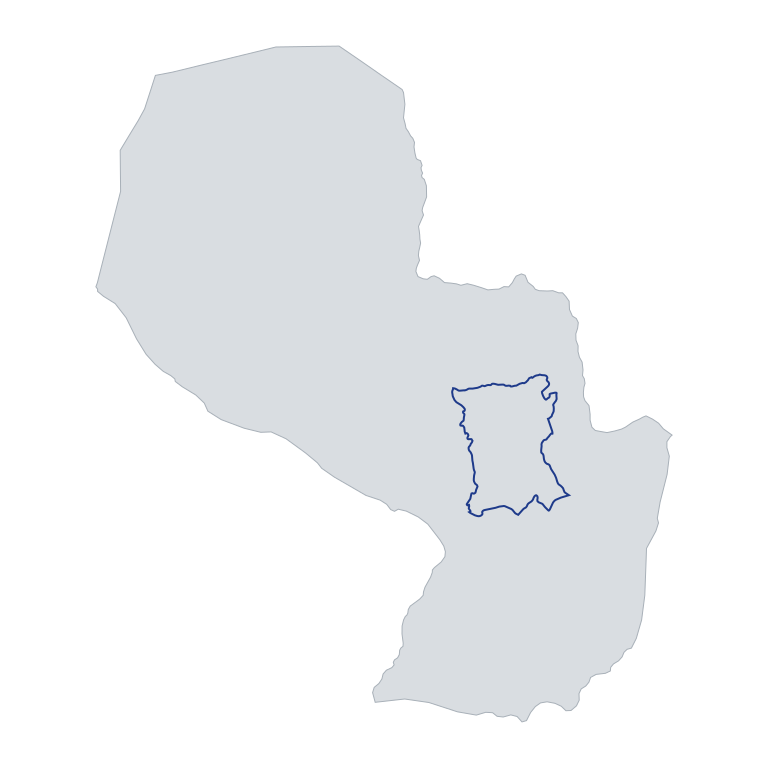 where San Pedro sits in Paraguay
{"feature_id": "PRY-606", "entity_name": "San Pedro", "entity_type": "Department", "adm_level": 1, "iso_a3": "PRY", "parent_name": "Paraguay", "parent_adm1": "", "projection": "natural_earth1", "projection_center": [-56.605, -24.173], "detail": "fine", "context": "in_parent", "style": "outline", "palette": "blue", "viewbox_px": 768, "rotation_deg": 0, "n_neighbors": 0, "source": "natural_earth", "source_scale": "10m", "svg_char_len": 7852}
<svg xmlns="http://www.w3.org/2000/svg" viewBox="0 0 768 768"><path d="M403.5,117.8L405.1,123.7L406.0,128.3L408.3,131.6L410.6,135.9L412.8,138.3L414.5,142.4L414.0,146.9L414.9,152.9L416.1,158.0L417.2,159.4L420.5,160.7L422.1,165.4L421.0,167.7L421.4,170.4L422.6,173.1L421.5,175.6L422.1,177.6L424.3,179.4L426.4,185.8L426.6,196.9L424.4,202.9L422.6,207.7L422.1,210.7L423.5,215.0L421.2,220.2L418.5,226.4L419.2,230.7L419.7,234.8L419.9,239.1L420.6,243.1L419.7,247.4L418.8,251.2L418.4,255.6L419.5,260.4L417.5,265.0L416.3,268.3L415.9,271.5L418.0,276.6L423.2,278.8L427.3,279.3L431.1,276.6L434.1,275.8L439.5,278.3L444.5,282.6L450.9,283.1L456.6,283.9L460.9,285.3L467.2,283.7L473.8,285.3L481.5,287.7L487.9,289.9L494.2,289.3L499.0,289.1L504.0,286.6L508.7,286.9L512.4,282.6L514.4,278.8L516.2,276.1L521.4,273.9L525.1,275.3L528.0,282.3L533.2,286.4L535.3,289.3L539.1,290.7L547.5,291.0L552.8,290.7L558.6,292.8L562.5,292.8L565.9,296.6L569.1,301.2L569.5,309.6L572.4,316.1L576.3,318.5L578.3,322.6L577.6,328.3L575.8,333.9L576.0,340.2L578.1,345.8L578.0,351.5L579.4,357.2L582.1,362.1L583.0,369.9L582.5,375.6L584.3,378.8L585.0,383.4L583.9,387.2L583.4,392.3L583.6,396.9L585.0,400.7L589.0,405.6L590.1,414.2L590.1,420.2L591.9,427.2L595.3,430.5L600.7,431.5L607.0,432.6L614.7,431.0L621.5,429.1L625.4,427.2L632.8,422.1L639.4,419.1L642.8,417.2L646.0,415.9L652.5,419.1L658.6,423.2L663.3,428.8L672.1,435.1L670.4,436.6L666.9,441.7L666.9,447.7L669.3,456.2L667.1,474.4L660.1,502.1L657.3,518.3L658.5,522.9L655.9,531.0L646.5,548.4L646.1,560.1L644.8,595.3L641.6,620.0L636.3,638.4L631.4,648.1L627.1,649.3L624.0,652.3L622.1,656.9L618.6,660.8L613.5,663.9L610.7,667.3L610.3,671.0L605.4,673.3L596.1,674.4L590.6,677.4L588.9,682.2L585.8,686.0L581.2,688.9L579.0,693.6L579.2,700.2L576.5,705.8L571.0,710.5L565.9,710.7L561.2,706.2L554.9,703.3L547.1,701.8L540.5,702.9L535.3,706.6L530.6,712.5L526.5,720.6L522.0,721.9L517.1,716.5L510.8,714.9L503.2,717.0L497.1,716.3L492.6,712.7L485.7,712.3L476.3,715.1L457.4,711.8L428.9,702.5L404.7,699.0L375.2,702.3L372.6,692.6L374.2,687.4L378.9,683.5L381.9,679.0L383.1,674.0L386.4,670.2L391.9,667.6L394.1,664.9L393.3,662.3L394.5,659.9L397.6,657.8L399.3,654.6L399.7,650.2L400.9,648.0L403.0,646.3L403.2,643.3L402.0,633.8L402.1,626.0L403.6,619.9L405.4,616.3L406.7,615.4L407.8,613.2L408.3,609.5L410.2,606.1L419.7,599.1L423.2,595.3L423.5,591.9L425.0,587.2L430.6,577.1L432.3,572.4L432.4,570.0L434.4,567.6L441.2,562.0L444.9,556.7L445.4,551.7L443.8,546.1L439.9,539.8L427.8,524.1L418.3,517.0L406.3,511.1L398.3,509.2L394.5,511.3L390.7,509.6L386.7,504.3L380.1,500.1L366.1,495.5L334.5,477.2L321.7,468.3L317.4,462.8L305.6,453.0L286.1,438.8L271.1,431.9L260.8,432.3L244.1,428.2L221.2,419.6L207.9,411.2L204.3,403.1L195.8,395.0L182.3,386.8L175.3,381.5L174.8,378.9L170.8,375.6L163.3,371.4L155.1,364.3L146.1,354.3L136.5,338.8L126.2,317.8L115.2,303.6L103.5,296.3L97.6,291.4L97.6,289.1L95.9,286.8L97.4,282.7L101.4,266.8L107.3,243.6L113.4,219.6L120.6,191.4L120.4,171.4L120.2,150.3L130.7,132.9L138.2,120.6L144.6,108.9L151.1,88.8L155.4,75.4L172.2,72.2L200.9,65.2L215.1,61.8L245.2,54.5L275.9,47.0L308.1,46.5L339.1,46.1L363.3,62.7L381.7,75.5L402.1,89.5L403.5,92.5L404.9,104.3L403.5,117.8Z" fill="#d9dde1" stroke="#a8b0b8" stroke-width="1"/><path d="M568.9,495.2L560.9,497.6L555.4,500.0L554.0,501.3L553.0,502.6L550.0,509.1L549.4,510.1L548.8,510.6L548.2,510.3L545.0,507.1L542.7,504.2L542.3,503.8L541.8,503.6L538.7,502.3L538.0,501.7L537.5,501.2L537.4,500.6L537.3,499.9L537.4,499.3L537.6,498.1L537.6,497.2L537.3,496.2L536.4,495.3L535.8,495.3L535.1,495.7L534.4,496.4L533.9,497.3L533.4,498.3L533.1,499.3L532.4,500.4L531.5,501.4L528.6,503.3L527.9,504.0L527.4,504.8L527.1,505.7L526.6,506.6L526.0,507.4L523.9,508.6L523.2,509.2L518.2,514.8L515.6,513.5L515.3,513.2L515.0,513.0L512.5,509.9L511.3,509.0L504.9,506.2L503.9,506.0L499.3,506.6L495.5,507.8L484.8,510.0L483.8,510.3L483.3,510.6L482.7,511.1L482.5,511.4L482.3,511.6L482.3,512.1L482.2,512.6L482.3,512.8L482.4,513.4L482.4,513.7L482.4,514.0L482.2,514.5L481.8,514.9L481.1,515.5L479.7,516.1L478.5,516.2L477.2,516.0L474.9,515.3L470.4,513.0L469.2,512.1L470.1,511.7L470.5,511.2L470.2,510.5L469.4,509.5L468.8,508.6L468.8,507.9L469.0,507.1L469.2,506.2L469.0,504.9L468.6,505.0L468.0,505.4L467.4,505.3L466.8,504.6L466.8,504.1L470.3,498.8L471.3,494.1L471.5,493.5L472.3,493.2L472.9,493.3L473.5,493.6L474.3,493.5L475.4,492.7L475.8,491.4L476.1,489.9L477.5,486.6L477.1,485.3L476.0,484.3L475.1,483.6L474.6,482.6L474.1,481.6L473.8,480.5L473.8,478.9L474.1,475.5L474.7,472.9L474.8,472.1L474.0,470.0L473.7,468.9L472.9,463.0L472.4,460.6L472.0,455.6L471.7,454.5L471.0,453.0L470.5,452.1L469.2,450.6L468.9,449.9L468.7,449.2L468.6,448.2L468.6,447.7L468.7,447.4L468.9,446.9L470.2,445.4L470.7,444.0L471.9,442.4L472.5,440.8L471.5,439.2L470.8,439.1L468.4,439.2L467.7,438.9L467.4,438.2L467.5,437.4L467.9,436.7L468.4,435.3L467.8,433.9L466.7,433.1L465.4,433.6L464.7,431.6L464.5,429.5L464.2,427.4L463.0,425.8L462.3,425.6L461.4,425.7L460.5,425.5L460.2,424.9L460.4,423.9L460.9,423.1L461.4,422.5L461.7,422.1L461.9,421.9L463.5,420.7L463.7,419.9L463.9,417.4L464.4,414.9L464.4,414.3L464.2,413.8L463.7,413.4L463.2,412.8L463.0,412.0L463.2,411.4L464.4,410.9L464.8,410.1L464.8,409.2L464.5,408.6L463.5,407.3L461.4,405.3L456.4,402.2L454.5,400.0L452.8,396.3L452.6,395.2L452.5,394.3L452.2,392.6L452.2,391.6L452.4,390.7L453.0,389.2L453.1,388.2L454.9,388.5L455.7,388.9L456.0,389.1L456.4,389.2L458.1,390.3L458.5,390.5L459.2,390.7L459.7,390.7L464.2,390.3L464.4,390.4L464.9,390.3L465.6,390.2L467.0,389.6L468.2,388.9L468.7,388.7L469.4,388.6L472.6,388.6L477.5,387.8L480.5,386.7L481.0,386.4L481.3,386.1L481.6,385.9L482.0,385.7L482.5,385.7L483.2,385.8L483.7,385.9L484.2,386.1L484.7,386.1L485.2,386.0L486.5,385.4L487.5,385.1L488.2,385.0L489.9,385.1L490.5,385.1L491.0,384.9L491.4,384.5L492.0,383.9L492.4,383.8L493.0,383.7L494.7,383.9L498.1,384.8L502.1,384.6L503.1,384.6L503.8,384.7L505.4,385.7L506.1,385.8L507.0,385.8L508.8,385.6L509.6,385.7L510.2,385.8L510.6,386.4L511.3,386.5L512.3,386.4L514.5,385.8L515.5,385.7L516.1,385.7L516.6,385.5L519.6,383.8L522.4,383.0L523.0,383.0L523.4,383.1L523.8,383.1L524.4,383.1L526.0,382.2L526.9,381.2L527.8,380.4L528.4,379.4L529.2,378.2L531.5,377.2L532.2,377.8L532.5,377.7L533.0,377.4L533.8,376.7L535.4,375.8L536.7,375.4L538.1,375.2L538.9,375.0L539.5,374.6L539.9,374.6L540.9,374.9L541.8,375.1L544.7,375.3L545.7,375.6L546.3,375.9L546.8,376.5L547.2,377.1L547.3,377.6L547.3,378.1L547.1,378.6L546.8,379.4L546.7,379.8L546.8,380.2L547.1,380.8L548.2,381.9L548.5,382.2L548.8,382.7L549.0,383.3L549.1,383.7L549.1,384.0L549.0,384.5L548.9,384.9L548.4,385.7L547.8,386.4L542.2,391.5L541.9,391.9L542.0,392.5L542.1,393.2L542.5,394.3L543.0,395.7L544.2,398.0L545.1,399.1L545.8,399.6L546.1,399.6L546.5,399.4L547.6,398.4L548.0,398.1L548.8,397.7L549.2,397.4L549.4,397.0L549.6,396.5L549.7,395.8L549.6,394.6L549.7,394.1L550.0,393.9L550.6,393.6L554.8,392.7L555.7,392.7L556.4,392.8L556.6,393.1L556.6,393.5L556.4,394.4L556.4,395.5L556.6,398.5L556.6,399.0L556.5,399.4L556.0,400.6L555.6,401.3L554.9,402.1L553.3,404.4L553.2,404.7L553.2,405.1L553.6,406.4L553.8,408.4L553.7,410.5L553.7,411.0L553.6,411.4L553.3,412.2L552.1,414.7L551.7,416.1L551.6,416.3L551.4,416.5L549.1,418.4L548.5,418.7L548.0,418.8L552.2,431.2L552.5,433.1L552.4,433.6L552.0,433.5L551.8,433.5L551.5,433.5L551.2,433.6L550.9,433.9L549.9,435.0L549.0,436.3L547.5,437.9L546.6,439.2L546.3,439.5L546.0,439.6L544.3,440.0L543.9,440.2L543.6,440.4L543.4,440.7L542.0,442.7L541.8,443.1L541.5,444.3L541.6,446.2L541.2,450.0L541.2,451.5L541.3,452.6L542.8,454.0L543.1,454.4L543.4,455.2L543.6,456.1L543.9,458.8L544.2,460.0L544.5,461.0L544.9,461.8L545.4,462.5L546.0,463.1L546.5,463.5L547.1,463.9L548.4,464.3L548.9,464.6L549.3,465.0L549.7,465.5L551.1,469.1L554.7,474.7L556.1,477.9L557.1,481.3L557.8,483.1L558.6,484.3L560.6,485.7L561.7,486.7L563.1,488.3L563.7,490.1L564.2,491.3L564.6,492.2L565.3,492.8L568.9,495.2Z" fill="none" stroke="#1e3a8a" stroke-width="2"/></svg>